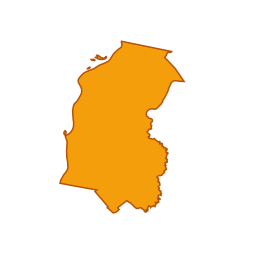 San Cosme, Corrientes, Argentina, rotated 311°
{"feature_id": "61730980B19808130857277", "entity_name": "San Cosme", "entity_type": "district", "adm_level": 2, "iso_a3": "ARG", "parent_name": "Argentina", "parent_adm1": "Corrientes", "projection": "equal_earth", "projection_center": [-58.507, -27.393], "detail": "fine", "context": "isolated", "style": "filled", "palette": "amber", "viewbox_px": 256, "rotation_deg": 311, "n_neighbors": 0, "source": "geoboundaries", "source_scale": "gbopen_adm2", "svg_char_len": 5771}
<svg xmlns="http://www.w3.org/2000/svg" viewBox="0 0 256 256"><g transform="rotate(311 128 128)"><path d="M199.9,139.8L201.9,132.1L203.9,124.2L205.0,113.2L205.2,109.4L208.3,109.3L209.6,108.5L211.2,108.4L213.0,110.6L214.3,110.7L191.6,70.5L189.2,66.2L188.2,66.9L187.8,67.8L186.7,68.9L185.7,69.4L185.6,69.5L184.8,69.9L183.6,69.7L182.5,69.5L181.1,69.1L179.7,68.9L176.2,68.5L174.5,68.5L172.8,68.7L171.7,68.9L169.9,69.1L168.9,69.4L167.6,69.5L166.5,69.4L166.0,69.5L164.8,69.1L164.2,68.7L163.5,68.5L161.6,67.8L159.8,66.8L156.8,65.3L155.3,64.9L154.5,64.5L152.9,64.1L150.3,63.4L149.1,62.7L147.7,61.9L142.9,59.5L140.5,58.6L137.8,58.3L135.7,58.3L133.3,58.4L131.8,58.8L130.9,59.5L130.2,60.2L129.4,61.8L128.0,65.7L126.9,67.4L125.7,68.7L123.8,70.0L121.9,70.6L118.6,71.3L117.4,71.5L115.9,71.8L113.9,71.9L113.2,71.8L112.1,71.7L110.7,71.7L109.2,72.2L107.9,72.9L105.6,74.3L103.7,75.8L98.9,80.6L96.7,83.1L93.9,85.5L91.9,86.6L90.8,87.0L89.4,87.3L87.0,87.5L85.4,87.4L84.3,87.1L82.6,86.5L81.4,85.9L80.8,85.8L77.8,90.9L75.9,92.5L70.5,96.6L65.7,101.1L62.7,104.8L58.4,108.9L55.3,110.0L50.5,110.2L44.7,111.4L41.7,112.9L47.6,123.0L53.5,133.0L57.6,139.9L60.8,145.1L58.5,144.6L57.7,149.5L56.9,155.5L55.4,164.7L54.2,164.6L54.3,166.3L54.2,170.6L54.2,172.7L55.6,173.5L57.1,174.3L59.0,174.7L60.7,174.8L61.0,172.5L71.2,174.5L72.3,174.7L72.2,175.3L72.5,175.8L72.6,176.7L72.6,177.5L72.7,178.0L72.9,178.5L73.2,179.5L72.9,180.1L73.0,181.0L72.9,182.8L72.7,184.2L72.7,185.3L72.8,187.2L73.9,188.0L74.1,188.6L75.0,189.0L75.6,189.3L76.1,189.8L76.3,190.4L76.2,191.1L76.2,191.7L76.5,192.3L76.4,193.0L76.6,193.7L76.3,194.6L75.8,195.2L75.8,195.3L76.1,195.7L76.0,196.3L76.7,196.8L77.3,196.7L77.8,196.9L78.4,197.2L78.4,196.4L77.8,196.1L78.0,195.3L78.7,195.7L79.4,196.3L79.8,196.4L80.1,195.5L80.8,195.1L81.3,194.9L81.8,195.2L82.3,194.9L82.9,194.7L83.2,195.6L83.4,196.5L82.9,197.3L83.6,197.2L84.4,197.4L85.0,198.0L85.6,198.1L86.4,198.4L86.1,199.4L86.6,200.5L86.6,199.6L87.0,199.1L87.7,199.3L88.4,199.3L89.1,199.0L89.4,198.4L89.7,197.7L90.1,197.4L90.4,198.4L90.5,199.3L91.1,199.2L91.7,199.6L92.1,199.8L92.3,199.1L92.8,199.3L93.9,197.2L94.5,197.4L94.4,198.1L94.8,198.7L95.4,198.9L95.6,197.9L95.3,197.1L94.9,196.5L95.8,196.5L96.2,195.8L96.9,195.2L97.6,195.3L98.0,195.7L98.4,196.2L98.9,197.1L99.3,196.4L100.5,196.2L100.5,195.5L100.9,194.9L101.3,194.6L101.8,194.4L101.8,193.7L101.4,193.4L101.7,192.9L101.6,192.2L101.6,191.5L102.7,191.4L103.2,191.2L103.4,190.6L103.2,190.0L103.5,189.4L104.1,189.1L104.3,189.2L105.5,189.5L106.3,189.2L106.9,188.5L107.1,187.4L107.8,187.2L107.8,186.5L107.2,186.0L107.7,185.4L109.2,185.1L109.3,184.2L110.0,183.8L109.9,183.1L109.6,182.4L109.9,182.0L110.5,182.1L111.3,182.1L112.2,182.5L112.9,183.0L113.3,183.7L114.5,184.5L115.3,184.4L115.8,184.4L116.3,184.3L117.0,184.5L117.5,184.6L118.0,184.5L118.6,184.6L119.0,183.6L119.6,183.2L120.1,183.9L120.8,183.6L121.5,183.7L121.9,184.2L122.4,183.9L122.5,182.9L123.1,182.4L123.3,181.7L123.7,181.0L124.4,181.3L124.3,180.5L124.6,180.0L125.2,179.9L126.0,179.6L126.1,178.8L126.7,178.8L127.1,179.3L127.4,179.8L128.1,180.0L128.6,179.5L129.1,178.7L129.8,178.5L130.1,177.8L129.9,177.1L129.7,176.4L130.2,176.3L130.8,176.3L131.3,175.9L131.8,175.4L132.4,175.4L133.0,175.2L133.5,174.7L134.0,174.6L134.5,174.8L135.0,174.9L135.4,174.4L135.3,173.8L134.9,173.2L134.4,173.1L134.5,172.6L135.2,172.0L135.7,171.7L136.1,171.0L136.4,171.8L136.9,171.9L137.4,171.6L137.9,171.0L137.8,170.1L137.3,169.7L137.4,168.9L137.2,168.2L136.5,167.9L136.6,167.3L137.1,167.1L137.2,166.4L136.8,165.5L137.0,164.9L137.7,165.0L138.1,164.7L138.7,163.9L138.3,163.2L136.8,162.7L136.9,162.1L138.5,161.3L138.4,160.5L137.3,160.0L137.3,158.7L137.3,157.8L137.1,156.8L137.2,155.8L137.4,154.8L136.7,154.5L136.0,154.1L135.5,153.7L135.4,153.0L134.9,152.3L134.4,151.6L134.5,150.9L134.2,150.0L134.4,149.1L135.0,149.1L135.7,149.8L136.2,149.6L137.1,149.1L137.4,148.3L137.3,147.7L137.3,146.6L137.4,145.3L137.9,144.8L138.5,145.0L139.1,145.0L139.6,145.1L140.8,144.6L141.3,144.8L141.7,145.2L142.1,146.0L142.5,145.6L143.2,145.9L143.6,145.0L144.1,144.5L144.8,144.4L145.5,144.2L145.5,143.3L145.7,142.5L146.3,142.1L146.9,142.0L148.5,142.0L149.3,141.9L150.0,141.2L150.3,140.4L150.3,139.4L149.8,138.5L149.4,138.0L149.2,137.1L149.4,136.1L149.3,134.6L149.7,133.4L150.2,132.9L151.3,132.2L152.1,131.8L153.0,131.5L154.1,131.5L155.8,131.9L157.3,132.6L158.1,133.3L159.7,135.8L160.6,136.6L161.8,136.9L165.9,137.1L167.3,137.3L169.5,137.1L171.1,136.7L172.0,136.1L175.0,135.7L180.4,134.4L182.6,133.7L184.3,132.9L188.8,131.4L190.2,131.1L192.2,131.0L193.7,131.7L195.1,133.1L197.3,136.5L199.9,139.8ZM163.2,58.1L163.0,57.5L162.7,56.9L162.5,56.7L162.3,56.7L162.3,57.1L162.3,57.5L162.3,58.0L162.4,58.3L161.9,58.2L161.5,57.9L161.4,58.0L161.4,58.3L161.3,58.6L161.1,58.6L160.9,58.0L160.5,57.6L160.1,57.1L159.9,57.0L159.9,57.4L160.1,58.0L160.4,58.6L160.6,59.3L160.5,60.2L161.0,61.3L161.6,62.1L161.8,62.2L162.9,63.7L163.1,63.6L163.4,63.7L163.6,64.1L163.8,64.1L164.0,64.0L164.2,63.8L164.5,63.5L164.4,63.2L163.9,62.6L163.7,61.8L163.5,61.1L163.4,58.8L163.2,58.1ZM82.7,84.8L83.9,84.4L84.5,83.5L84.7,83.0L84.8,82.5L84.5,82.3L83.9,82.2L83.0,82.7L82.2,82.7L81.4,84.0L81.4,84.7L82.0,84.8L82.7,84.8ZM164.4,64.3L164.0,64.3L163.9,64.5L164.1,64.7L164.6,64.8L164.9,64.9L165.8,65.1L165.7,65.3L165.4,65.3L165.2,65.4L165.3,65.5L165.7,65.5L165.8,65.5L166.4,65.5L167.2,65.3L167.5,65.0L167.6,64.6L167.2,64.4L166.1,64.5L165.7,64.3L164.7,64.4L164.4,64.3ZM157.1,56.7L156.2,56.1L155.7,55.5L155.7,56.0L156.5,56.7L156.2,56.7L155.9,56.6L155.6,56.5L155.5,56.3L155.4,56.3L155.5,56.6L156.2,57.2L156.4,57.6L156.6,58.1L156.9,58.5L157.3,58.5L157.6,58.5L157.6,58.2L157.4,57.3L157.1,56.7ZM148.7,59.7L148.9,59.6L148.9,59.4L148.5,59.0L147.7,58.7L146.5,58.5L146.1,58.5L146.5,59.1L147.1,59.2L147.8,59.7L148.5,59.8L148.7,59.7Z" fill="#f59e0b" stroke="#b45309" stroke-width="1.5"/></g></svg>